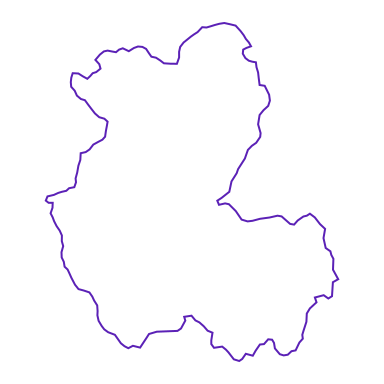 the district of Palmópolis, Minas Gerais, Brazil
{"feature_id": "56859067B65800178353877", "entity_name": "Palmópolis", "entity_type": "district", "adm_level": 2, "iso_a3": "BRA", "parent_name": "Brazil", "parent_adm1": "Minas Gerais", "projection": "mercator", "projection_center": [-40.373, -16.779], "detail": "fine", "context": "isolated", "style": "outline", "palette": "violet", "viewbox_px": 384, "rotation_deg": 0, "n_neighbors": 0, "source": "geoboundaries", "source_scale": "gbopen_adm2", "svg_char_len": 2738}
<svg xmlns="http://www.w3.org/2000/svg" viewBox="0 0 384 384"><path d="M255.9,62.3L252.3,61.7L248.8,60.7L245.4,58.1L242.8,53.7L243.2,49.6L246.5,47.9L251.0,46.3L248.9,42.5L245.9,39.0L243.7,35.2L240.6,31.1L235.6,25.6L229.8,24.2L224.3,23.0L219.3,23.8L214.8,25.0L210.6,26.3L206.5,27.5L202.2,27.2L197.6,32.1L194.0,34.4L190.9,36.6L187.7,39.2L183.6,42.5L180.2,46.9L179.1,51.8L179.1,57.5L176.9,63.8L170.2,63.7L163.9,63.3L160.3,60.5L156.0,57.7L151.4,56.7L148.8,53.0L146.1,48.9L142.4,46.9L138.0,46.5L133.9,48.0L128.8,51.2L122.8,48.3L119.1,49.6L116.0,52.2L112.1,51.5L107.6,50.6L103.9,51.4L99.9,54.6L95.4,59.9L99.3,64.2L100.5,68.6L96.2,72.1L92.7,73.2L90.2,76.1L87.3,78.8L82.8,76.3L78.4,73.5L72.7,73.2L71.3,77.7L70.8,82.2L71.2,86.8L74.7,90.7L76.9,95.6L80.9,99.0L84.9,100.2L88.2,104.7L91.4,108.9L94.9,113.4L99.2,117.2L104.4,118.7L107.6,121.7L106.7,126.8L105.9,131.0L105.1,136.7L102.4,139.7L98.2,141.9L93.3,144.6L89.6,149.4L85.7,152.1L80.7,153.2L80.3,160.0L78.4,165.7L77.2,172.6L75.6,178.4L76.0,182.3L74.3,187.2L69.1,188.2L66.3,190.8L61.9,191.8L58.3,192.9L53.9,194.9L47.5,196.4L45.8,200.6L48.6,202.8L52.7,202.8L52.5,207.8L50.6,213.3L52.7,217.4L54.1,221.2L56.6,226.1L59.7,230.6L61.9,235.5L61.8,241.1L63.2,246.1L61.5,252.2L61.7,257.5L63.8,261.8L64.6,266.7L67.6,269.5L69.2,272.9L71.4,277.8L75.0,284.7L78.5,289.1L83.7,290.5L89.4,292.4L92.3,296.6L94.1,300.5L97.2,305.4L97.6,311.1L97.4,315.3L98.6,320.8L101.7,326.0L104.2,329.3L108.1,332.2L114.9,334.8L120.9,343.3L124.5,346.2L128.3,348.2L132.9,345.8L140.1,347.6L146.7,337.6L149.0,334.0L156.8,331.7L177.5,330.9L181.0,328.5L185.3,320.6L184.2,316.8L191.5,315.7L195.4,320.4L199.4,322.4L203.8,326.3L207.6,330.7L212.5,332.7L211.3,340.3L211.3,344.1L214.0,347.8L222.2,346.6L225.9,349.6L228.4,352.3L233.8,359.3L239.2,361.0L242.2,359.0L245.8,353.8L252.8,355.7L255.7,350.6L259.9,344.5L264.0,344.1L268.2,339.3L272.1,339.7L274.0,342.9L274.9,348.4L279.8,354.2L283.7,355.4L287.8,354.7L291.5,351.2L295.6,350.4L299.4,342.5L302.8,338.7L302.3,334.8L303.5,330.8L306.4,321.8L306.8,313.5L309.9,308.4L316.5,302.3L314.9,297.5L323.7,295.2L328.3,298.5L332.0,296.2L332.9,282.2L338.2,279.2L333.0,269.7L333.4,258.8L331.3,254.9L330.4,251.3L325.7,248.0L323.5,238.1L325.1,228.9L320.0,224.1L314.8,217.4L309.9,213.7L306.8,215.7L303.4,216.5L297.7,220.5L294.1,224.6L290.1,223.9L281.6,216.4L277.5,215.7L269.6,217.5L260.0,218.8L252.5,220.8L247.6,221.4L241.6,219.6L235.8,211.1L228.9,204.2L225.1,203.4L219.0,204.8L217.3,200.7L221.6,197.9L229.3,191.8L231.5,181.4L236.7,173.2L238.1,169.1L244.9,158.5L247.9,149.9L251.9,145.8L256.2,142.8L260.2,136.9L260.6,133.1L258.1,124.3L259.6,115.0L263.5,110.2L268.2,105.9L269.9,100.6L269.1,94.7L264.7,85.8L259.6,85.0L258.7,77.9L258.1,72.5L256.5,67.2L255.9,62.3Z" fill="none" stroke="#5b21b6" stroke-width="2"/></svg>